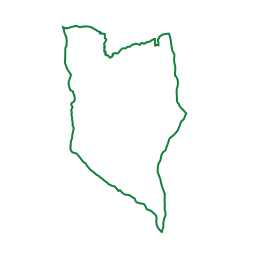 the district of Málaga, Santander, Colombia, rotated 174°
{"feature_id": "7082276B1273171600443", "entity_name": "Málaga", "entity_type": "district", "adm_level": 2, "iso_a3": "COL", "parent_name": "Colombia", "parent_adm1": "Santander", "projection": "natural_earth1", "projection_center": [-72.732, 6.729], "detail": "fine", "context": "isolated", "style": "outline", "palette": "green", "viewbox_px": 256, "rotation_deg": 174, "n_neighbors": 0, "source": "geoboundaries", "source_scale": "gbopen_adm2", "svg_char_len": 5850}
<svg xmlns="http://www.w3.org/2000/svg" viewBox="0 0 256 256"><g transform="rotate(174 128 128)"><path d="M105.2,21.0L105.0,21.3L104.6,22.7L104.4,23.4L103.6,25.0L103.1,26.3L103.0,27.8L103.0,28.5L102.8,30.2L102.5,31.2L102.2,31.7L102.0,32.3L101.8,33.5L101.5,34.1L100.8,35.3L100.1,36.6L99.8,37.3L99.7,38.4L99.6,40.2L99.8,41.4L100.1,44.0L100.1,44.5L100.0,44.8L99.7,45.4L99.5,46.1L99.2,52.5L98.7,54.6L98.6,57.1L98.5,57.6L98.3,57.7L98.2,58.2L98.3,58.5L98.6,59.7L99.5,63.2L100.2,66.3L100.5,67.6L100.7,69.2L100.9,69.9L101.2,74.2L101.8,75.8L102.2,78.0L102.7,79.3L102.9,80.7L103.0,81.5L103.0,82.3L102.7,84.1L102.5,85.3L102.1,86.7L102.0,87.7L101.8,88.2L101.1,89.6L100.7,90.3L100.0,91.1L99.3,92.3L99.0,92.9L98.1,96.1L97.6,97.2L97.2,98.3L95.6,100.3L95.0,100.8L94.1,101.0L92.9,102.2L92.3,103.5L91.8,104.9L91.0,106.2L90.6,107.1L89.3,109.8L88.4,112.0L87.8,113.1L87.4,113.6L86.2,114.4L85.0,115.1L83.1,116.3L81.2,118.0L79.7,119.4L78.4,121.1L78.0,121.8L77.3,123.1L76.4,124.7L75.4,127.1L74.8,128.2L74.3,129.0L73.7,129.5L72.4,130.4L71.9,130.5L71.6,130.8L69.7,134.6L68.6,136.1L68.6,136.4L70.4,139.0L73.9,143.5L74.6,145.0L74.7,145.4L74.7,146.1L75.0,146.7L75.5,147.2L75.9,147.7L76.1,148.2L76.4,149.1L76.4,150.4L75.7,160.6L75.3,162.1L75.1,162.6L74.6,163.5L74.1,165.2L73.8,166.5L73.6,167.3L73.5,168.5L73.7,170.9L74.2,172.7L74.7,173.9L75.6,175.2L75.6,176.7L75.5,178.0L74.9,180.9L74.7,182.5L74.6,184.9L75.0,186.9L75.1,190.0L75.1,190.8L74.6,193.3L74.2,196.8L74.3,197.0L74.9,198.2L75.5,199.2L75.8,200.7L76.2,205.4L76.4,211.7L77.0,216.2L77.6,217.6L79.5,217.6L81.7,217.5L83.9,217.3L86.0,216.1L87.2,215.6L87.4,215.4L87.5,215.2L87.7,214.0L88.1,213.6L88.9,213.2L88.9,212.2L88.9,209.2L89.1,207.1L90.6,207.6L91.1,207.5L91.8,207.1L92.2,207.0L92.3,207.2L92.4,207.4L92.2,210.2L91.9,211.6L92.0,212.2L92.2,213.0L92.0,213.7L92.9,213.8L94.4,213.1L95.7,212.6L96.7,211.9L98.3,211.5L98.6,211.6L98.9,211.6L99.2,211.5L99.9,211.5L100.3,211.1L100.6,211.0L101.3,211.1L102.2,210.5L103.2,210.1L103.7,210.2L104.6,211.0L104.9,211.2L105.3,211.2L105.8,211.1L106.0,210.9L106.9,210.1L107.5,209.4L107.6,209.5L108.9,210.2L109.4,210.4L111.5,211.1L111.8,211.0L112.6,210.5L113.7,210.8L114.4,210.5L115.1,210.0L116.1,209.8L117.3,208.8L117.7,208.6L118.4,208.6L119.6,208.9L120.0,208.8L120.9,208.1L121.6,207.7L122.5,207.5L123.1,207.5L124.8,207.8L125.2,207.8L125.5,207.6L127.5,206.1L129.3,204.1L130.3,203.4L130.9,203.2L131.3,203.2L131.8,203.4L132.7,203.8L133.3,203.9L134.1,203.8L134.7,203.5L135.4,203.3L135.7,202.9L135.6,202.1L135.9,201.5L135.7,201.5L136.2,200.7L136.4,200.6L137.0,200.5L137.4,200.2L137.9,200.2L138.5,199.9L139.0,200.0L139.2,200.4L139.5,200.9L139.9,201.8L140.0,202.1L140.6,202.2L141.3,202.7L141.6,202.8L141.9,202.6L142.1,202.7L142.5,203.0L142.9,203.4L142.9,203.5L142.3,204.4L142.2,204.7L142.4,205.5L142.5,205.6L143.0,205.6L142.9,205.8L142.5,206.1L142.5,206.3L142.6,206.6L142.9,206.6L143.1,206.4L143.4,206.4L143.5,206.6L143.3,207.0L143.5,207.3L143.4,207.5L143.6,208.0L143.0,209.5L143.0,210.1L143.2,210.7L143.2,210.8L142.7,210.7L142.6,211.5L142.6,212.3L143.0,213.6L143.0,214.2L142.7,214.7L140.7,217.3L140.5,217.7L140.3,218.4L140.6,218.9L141.4,219.5L141.5,220.2L141.5,221.3L141.3,223.3L141.3,223.9L141.4,224.1L142.1,224.1L143.6,224.5L144.1,224.9L144.8,225.0L145.2,224.8L146.1,224.9L146.1,225.2L145.9,225.5L145.5,225.6L145.2,225.8L145.2,226.1L147.0,226.9L148.1,227.6L149.5,228.9L150.1,229.2L151.2,230.1L153.1,231.3L154.0,232.0L156.3,232.9L157.5,233.1L159.5,233.6L160.0,233.3L161.7,233.5L165.7,233.4L166.4,233.7L167.7,234.6L168.6,234.9L169.8,235.0L171.0,234.6L173.3,234.5L177.0,233.7L177.8,233.6L178.6,233.4L179.2,233.6L179.4,234.0L180.7,234.1L182.1,235.0L182.0,234.2L181.6,233.4L181.2,228.9L180.7,227.7L179.8,224.4L179.8,223.8L179.8,221.3L179.8,220.8L180.1,219.7L180.6,216.1L180.8,215.6L181.4,215.1L182.0,213.9L183.1,204.5L183.4,202.2L183.8,201.0L183.9,199.7L183.7,198.5L182.3,193.1L180.9,190.2L180.3,189.1L179.6,188.1L179.3,187.3L179.3,186.6L179.5,185.8L180.2,184.5L180.8,182.7L181.6,181.5L182.1,180.1L182.4,178.8L182.4,177.3L182.3,176.3L181.8,173.4L181.7,172.4L181.4,171.8L181.3,171.6L179.3,170.4L179.0,170.1L178.8,169.7L178.8,168.8L178.7,168.1L177.9,165.7L177.9,162.4L178.1,161.2L178.4,160.6L179.0,160.1L179.9,159.6L180.3,159.2L181.7,158.5L182.0,157.4L182.0,157.0L181.9,156.6L181.2,155.4L181.1,154.2L181.3,153.7L182.1,152.9L182.5,151.9L182.5,151.4L182.5,150.7L182.3,149.8L182.3,149.4L182.4,149.2L182.3,148.5L182.7,148.1L182.8,147.5L182.8,146.4L182.7,145.3L182.5,144.9L182.6,142.8L182.7,141.8L182.5,138.1L182.7,137.4L182.8,136.2L182.2,134.7L182.1,134.1L182.1,133.5L182.3,132.3L182.7,131.2L184.2,126.7L184.3,126.3L184.3,125.5L184.6,124.6L184.8,123.7L185.2,122.6L185.7,121.7L186.3,120.2L186.6,118.0L186.7,117.7L186.9,117.4L186.8,116.4L187.1,115.3L187.4,113.9L187.4,113.2L187.2,112.1L186.6,110.7L186.1,110.0L185.6,109.5L184.7,109.1L182.3,108.2L182.0,107.9L181.0,106.9L178.9,103.8L177.8,101.7L177.4,101.3L176.7,100.0L175.5,98.5L174.4,97.7L173.7,97.0L173.2,96.0L173.0,95.3L170.7,91.6L169.6,90.2L168.5,89.1L168.0,88.8L167.2,88.1L164.4,85.1L164.3,84.9L163.7,84.3L162.7,83.9L162.4,83.6L161.6,82.9L161.5,82.6L161.2,82.2L159.5,80.9L158.4,79.5L155.7,76.9L154.7,76.1L153.5,74.6L152.7,74.0L150.2,72.3L149.5,72.0L147.7,71.4L146.8,70.6L145.1,68.1L144.2,66.4L143.3,66.7L142.9,67.0L142.5,67.0L141.0,64.9L140.4,64.1L138.9,62.8L137.9,62.2L136.8,61.7L135.7,61.7L133.7,61.1L133.3,60.8L131.0,58.8L129.6,57.9L129.5,57.7L129.0,57.3L128.6,56.8L128.0,54.4L127.7,53.9L127.5,53.5L126.7,52.9L126.0,52.7L125.4,52.5L124.5,52.0L120.9,51.0L120.3,50.7L119.6,50.1L119.4,49.8L119.0,48.5L118.4,47.0L118.1,45.8L117.6,45.0L116.1,44.6L115.6,44.3L115.2,44.0L114.0,43.3L113.3,42.8L113.0,42.4L112.0,41.2L111.5,40.6L110.6,39.8L109.9,39.0L109.5,38.4L109.3,37.8L109.1,36.8L109.0,35.6L109.2,34.3L109.7,31.9L109.6,28.9L109.4,28.2L108.8,26.0L108.3,24.9L107.4,23.7L106.2,22.1L105.5,21.1L105.2,21.0Z" fill="none" stroke="#15803d" stroke-width="2"/></g></svg>